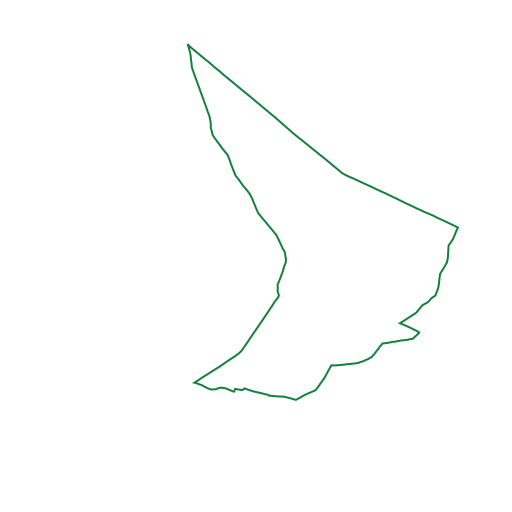 Al-Zubair, Al-Basrah, Iraq (Mercator projection), rotated 125°
{"feature_id": "34846034B69957241231378", "entity_name": "Al-Zubair", "entity_type": "district", "adm_level": 2, "iso_a3": "IRQ", "parent_name": "Iraq", "parent_adm1": "Al-Basrah", "projection": "mercator", "projection_center": [47.115, 29.902], "detail": "fine", "context": "isolated", "style": "outline", "palette": "green", "viewbox_px": 512, "rotation_deg": 125, "n_neighbors": 0, "source": "geoboundaries", "source_scale": "gbopen_adm2", "svg_char_len": 4066}
<svg xmlns="http://www.w3.org/2000/svg" viewBox="0 0 512 512"><g transform="rotate(125 256 256)"><path d="M359.6,159.4L357.7,156.4L356.3,154.1L355.2,152.5L354.3,150.0L353.0,146.8L352.2,144.3L351.0,140.8L348.5,139.6L346.5,138.5L344.2,137.5L341.7,136.3L339.7,135.1L337.3,133.6L335.5,132.5L333.9,131.5L331.8,130.2L329.1,130.1L326.7,130.0L323.7,130.1L321.2,130.0L318.0,130.1L316.3,130.1L314.6,130.2L312.5,130.5L310.5,130.6L308.7,131.0L308.0,131.0L307.2,131.0L305.2,131.3L303.4,131.3L302.8,131.6L302.2,131.4L301.2,129.8L300.0,128.1L298.7,126.5L297.2,124.7L295.8,123.1L294.3,121.4L292.9,119.8L291.6,118.4L289.8,116.3L288.2,114.4L286.7,112.7L285.5,111.4L283.9,110.3L282.9,109.6L282.1,108.9L280.0,107.3L278.4,106.6L277.0,105.6L275.5,104.7L273.7,104.0L272.8,103.3L271.0,103.2L269.4,102.9L266.8,102.8L264.2,102.7L261.8,102.5L259.5,102.6L257.5,102.3L255.1,102.2L253.3,100.1L251.9,98.6L249.9,96.6L248.2,95.2L246.4,92.9L244.1,90.8L241.8,88.5L240.3,86.6L239.0,85.3L237.4,83.4L235.7,82.1L234.9,81.2L234.6,80.8L233.9,80.1L233.5,80.0L231.4,79.6L229.4,79.1L227.6,78.8L225.9,78.4L225.1,78.5L225.1,80.4L225.4,82.6L225.8,84.9L226.0,86.8L226.8,91.1L227.7,95.8L228.1,97.4L228.5,99.5L228.1,99.3L226.2,98.6L224.2,97.7L219.2,95.7L215.0,94.0L211.4,92.5L209.7,92.1L208.6,92.1L206.0,91.8L205.2,91.8L203.4,91.6L202.1,91.6L201.2,91.5L200.5,91.2L200.0,90.9L199.3,90.7L198.3,90.2L196.9,89.4L195.5,88.9L194.2,88.5L192.9,88.4L190.7,88.2L189.7,87.8L188.6,87.7L187.4,87.1L186.5,86.7L185.6,86.5L184.9,86.5L182.9,87.1L180.8,87.6L178.9,88.1L177.8,88.4L176.6,88.9L175.3,89.5L174.7,89.8L173.8,90.2L171.5,91.5L170.2,92.2L169.4,92.8L167.6,93.6L165.2,94.9L164.3,95.0L162.7,95.1L160.6,95.2L159.6,95.2L158.5,95.4L157.6,95.4L155.4,95.6L154.2,95.7L152.8,95.8L152.0,95.8L151.7,96.0L150.5,96.5L149.4,96.9L148.1,97.5L146.6,98.3L144.8,99.4L142.9,100.6L140.9,101.8L138.6,103.2L137.1,104.2L134.9,104.3L131.5,104.3L129.4,104.3L128.2,104.6L126.8,104.9L124.5,105.3L122.6,105.8L118.8,106.6L117.6,106.8L116.9,106.9L117.1,108.4L117.2,109.6L117.9,113.5L118.7,118.3L119.5,123.2L120.6,128.7L121.3,134.1L122.1,137.8L123.3,143.1L124.1,148.2L125.0,152.3L125.1,153.6L125.6,156.6L126.8,163.4L128.8,175.9L130.1,183.8L130.1,184.4L131.1,189.4L132.2,195.4L133.3,202.1L134.6,209.0L136.4,219.3L137.7,225.6L138.6,231.4L138.7,233.3L138.4,236.3L136.8,255.8L136.5,260.8L135.9,269.8L135.1,280.9L134.5,291.4L134.2,295.2L133.0,306.5L131.6,319.2L130.2,335.9L129.4,345.2L128.8,352.2L128.0,363.1L126.8,377.8L126.2,386.2L125.3,394.3L125.3,397.4L124.5,403.7L124.2,406.8L124.1,409.8L123.1,421.9L122.8,425.4L122.6,428.5L122.2,431.3L121.6,433.6L124.1,430.4L126.8,427.1L128.2,425.6L130.3,423.6L132.1,422.2L135.2,419.3L137.8,417.1L139.1,415.7L140.0,414.3L141.0,413.0L145.8,406.2L147.3,404.1L149.5,400.9L154.1,394.3L158.4,388.2L162.8,382.0L165.7,378.0L167.8,374.8L169.2,373.3L170.8,371.6L172.9,369.5L174.1,368.5L175.9,367.4L177.2,366.2L178.8,364.3L181.8,360.8L183.2,357.3L185.1,351.4L186.8,346.7L188.6,340.5L189.1,338.4L189.6,337.1L192.4,332.8L195.4,328.7L199.8,322.1L201.8,319.0L203.7,312.8L205.6,307.7L207.4,301.0L208.7,296.8L211.1,292.2L217.3,282.6L219.6,278.8L220.7,274.9L221.7,271.7L222.4,268.4L223.4,265.0L224.6,260.7L225.4,257.5L226.3,254.6L227.2,251.4L229.0,248.0L230.5,245.3L233.1,240.8L234.6,238.5L235.3,236.5L236.6,234.3L237.7,233.4L240.3,230.8L241.5,229.6L244.0,228.0L246.3,227.5L249.5,226.6L251.9,225.7L254.7,224.8L256.9,224.3L261.3,223.1L264.5,222.4L267.4,221.8L268.6,220.6L270.1,219.6L271.7,218.7L273.0,217.6L273.7,216.3L275.4,214.5L277.6,214.2L283.5,214.4L288.7,214.2L302.7,213.9L321.7,213.7L333.2,213.5L342.2,213.5L344.3,213.9L345.1,214.0L349.7,215.6L358.6,219.1L366.6,222.0L385.1,229.8L391.8,232.4L392.1,232.5L395.1,233.8L394.3,231.7L393.6,228.7L392.8,226.3L392.7,224.0L391.9,219.0L391.0,216.0L388.1,212.4L385.4,210.8L383.5,208.5L381.8,204.9L380.7,200.0L380.2,197.5L379.6,196.1L376.8,196.8L375.6,194.2L373.9,190.6L373.0,189.9L371.2,189.6L370.7,188.0L368.6,181.0L365.4,173.1L363.9,169.1L363.3,167.8L362.8,166.3L363.0,165.4L362.6,164.8L362.3,164.3L361.5,162.8L360.6,161.3L359.6,159.4Z" fill="none" stroke="#15803d" stroke-width="2"/></g></svg>